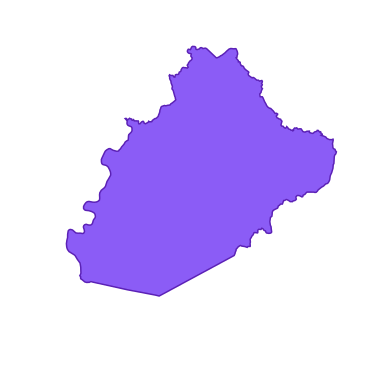 the district of Tartarugalzinho, Amapá, Brazil, rotated 130°
{"feature_id": "56859067B68348525949477", "entity_name": "Tartarugalzinho", "entity_type": "district", "adm_level": 2, "iso_a3": "BRA", "parent_name": "Brazil", "parent_adm1": "Amapá", "projection": "orthographic", "projection_center": [-51.087, 1.312], "detail": "fine", "context": "isolated", "style": "filled", "palette": "violet", "viewbox_px": 384, "rotation_deg": 130, "n_neighbors": 0, "source": "geoboundaries", "source_scale": "gbopen_adm2", "svg_char_len": 5948}
<svg xmlns="http://www.w3.org/2000/svg" viewBox="0 0 384 384"><g transform="rotate(130 192 192)"><path d="M292.8,150.3L214.6,119.3L213.5,118.9L211.4,119.5L210.6,120.0L208.4,120.7L207.5,121.4L205.4,121.3L204.6,121.4L202.6,120.9L201.7,120.4L201.5,119.2L199.9,116.6L198.9,114.1L197.8,114.1L196.3,112.5L195.3,113.2L194.3,114.3L192.8,115.1L190.9,117.0L189.9,117.3L188.8,117.3L187.5,117.8L186.3,117.6L185.1,117.8L183.3,118.3L182.6,117.8L182.2,117.0L181.2,115.5L180.2,115.8L179.7,116.7L178.8,117.0L177.7,116.9L176.4,115.1L174.9,115.2L174.6,114.1L175.1,112.1L174.6,110.7L175.3,109.6L175.5,108.6L174.3,106.5L173.0,105.4L172.0,105.1L171.3,105.4L169.3,107.6L167.8,109.1L167.0,110.7L164.7,113.3L161.0,115.6L159.3,115.2L157.5,116.3L155.9,117.5L154.7,117.9L153.7,117.9L151.8,117.2L149.4,116.1L148.5,116.3L147.4,116.9L145.6,116.4L144.5,116.5L143.1,115.0L139.6,116.3L138.8,115.5L137.2,115.0L136.8,114.2L136.3,111.9L136.3,110.6L134.8,108.8L133.8,108.8L132.4,107.7L131.2,107.4L130.4,107.5L129.5,108.8L128.7,109.3L127.4,109.2L126.7,108.8L125.8,107.5L125.1,104.6L124.3,104.2L123.0,104.8L121.3,104.0L118.9,104.0L118.1,103.8L113.8,98.6L113.3,97.5L112.4,96.7L110.7,96.5L109.3,96.7L104.8,95.8L103.7,95.3L102.5,95.0L99.9,94.8L98.9,94.0L98.1,93.7L97.3,93.6L95.2,94.0L94.1,94.4L91.1,96.3L89.9,96.8L87.5,97.4L83.2,99.3L80.4,101.3L79.0,101.6L78.3,102.1L73.5,105.7L72.0,106.4L70.7,106.3L69.5,106.7L68.4,107.2L68.2,108.5L67.4,109.9L67.8,111.3L67.5,112.5L65.4,114.6L64.9,115.3L61.3,117.3L60.9,118.0L61.8,118.3L63.5,120.4L64.3,123.0L63.9,124.9L64.7,127.5L65.5,129.1L64.6,128.7L63.9,129.6L64.5,130.5L63.6,131.4L63.2,132.2L64.0,132.7L63.7,134.9L64.3,135.7L65.1,135.5L65.8,135.7L66.8,136.5L67.6,136.8L68.5,136.8L69.4,137.1L70.0,138.0L70.5,139.1L70.9,140.4L69.9,141.2L71.7,143.1L73.5,143.9L74.4,145.8L73.5,149.0L74.4,150.2L75.3,150.9L75.8,151.7L75.5,153.0L76.4,153.6L77.1,154.6L79.1,154.5L79.6,153.8L80.4,154.1L80.2,155.1L81.0,155.7L81.0,157.2L81.4,158.0L81.6,158.8L81.1,160.0L81.0,161.5L82.0,161.2L83.1,161.5L83.4,162.6L83.1,164.7L83.8,165.5L83.8,166.3L83.3,167.0L79.9,168.6L79.8,169.8L79.3,170.9L80.2,172.7L80.1,173.5L80.5,174.5L79.7,176.2L78.8,176.4L77.9,176.1L77.2,176.5L77.3,177.8L78.4,178.9L77.7,181.7L77.4,185.5L78.0,186.4L78.2,188.7L77.7,190.7L77.2,191.5L76.1,194.5L74.2,198.2L73.9,199.4L75.2,200.9L74.8,201.6L73.4,203.1L71.3,203.1L70.4,203.7L68.5,204.3L67.6,204.4L67.4,205.6L66.3,207.0L65.5,206.8L64.6,207.1L64.1,208.5L62.9,208.7L61.9,209.3L61.7,210.2L63.7,211.6L63.6,212.9L64.7,214.3L64.6,217.5L65.0,218.9L65.8,219.2L66.0,219.9L66.3,223.5L65.7,224.6L64.9,225.2L64.1,225.2L63.6,225.8L63.8,229.0L63.7,231.3L62.8,233.3L62.9,234.3L63.4,234.9L63.5,235.8L63.0,236.5L62.7,237.6L61.7,238.4L61.7,239.2L62.5,240.1L61.6,240.9L61.1,243.9L60.7,244.6L59.7,244.2L58.9,244.9L58.1,245.3L57.3,245.5L56.4,246.2L55.1,247.9L54.0,250.3L54.4,251.1L55.3,251.8L57.1,254.5L58.7,255.5L61.8,256.0L64.3,256.2L68.3,257.1L69.4,257.7L70.3,257.8L72.0,258.5L72.8,258.9L73.6,259.7L72.8,273.0L73.1,274.1L74.1,275.1L75.1,275.8L75.1,276.8L75.5,277.8L76.3,278.4L77.5,278.3L79.6,279.6L80.0,280.4L79.9,281.1L79.1,281.7L78.7,282.5L78.8,283.4L80.0,285.1L81.2,285.5L83.9,284.7L85.0,286.6L86.2,286.5L87.1,286.1L87.6,285.4L87.8,284.6L87.7,283.4L87.0,282.3L86.7,281.3L88.6,280.3L88.9,279.5L89.2,278.1L90.4,277.4L91.7,277.4L93.1,277.8L95.6,277.6L96.5,277.2L97.9,277.2L98.9,275.1L100.2,275.3L100.7,276.6L101.4,277.4L102.2,278.8L103.0,279.2L105.1,279.0L106.2,278.3L107.3,278.3L108.4,278.8L110.3,278.0L111.0,278.3L112.1,279.6L113.0,280.0L115.0,279.0L115.5,279.8L115.0,281.6L116.4,283.2L116.6,284.5L117.6,284.3L118.5,282.8L119.5,282.0L120.1,280.9L120.5,279.6L121.9,278.1L123.5,275.2L124.2,274.5L125.1,274.2L125.9,273.6L126.3,271.7L129.8,266.7L130.3,265.6L131.1,264.8L131.8,263.7L132.7,263.7L133.9,263.9L136.1,264.3L138.1,264.9L139.4,264.8L140.2,265.4L141.1,266.3L142.3,267.1L143.1,267.9L143.4,268.7L145.9,270.2L146.9,270.3L148.7,269.5L149.9,269.2L150.5,268.7L152.2,267.8L154.5,267.1L155.8,266.5L158.0,266.7L159.0,267.0L159.6,267.6L160.6,267.9L162.8,268.4L163.8,268.0L164.4,268.4L165.7,269.9L165.6,270.6L166.8,270.4L169.6,271.5L170.1,272.8L169.4,273.7L169.3,275.0L170.8,275.7L173.2,275.7L173.9,276.5L173.5,277.4L172.6,278.0L172.1,278.8L174.6,282.0L174.1,283.3L175.2,283.6L175.5,284.6L174.9,285.2L175.5,286.2L175.6,287.2L178.0,287.6L178.0,289.9L178.7,290.4L179.0,288.4L179.4,287.2L181.0,286.1L181.6,285.5L181.9,284.8L182.1,283.9L181.9,283.0L181.1,280.7L181.2,279.8L181.7,279.0L183.4,277.5L184.2,277.2L185.3,277.0L188.7,277.3L189.7,276.8L193.0,274.4L193.7,274.4L194.5,274.8L196.5,275.3L199.2,274.8L202.7,274.9L205.2,274.5L206.3,274.9L207.2,274.6L208.2,274.9L209.1,275.8L209.5,276.5L210.8,279.4L211.4,282.6L212.3,283.6L214.5,284.4L216.2,284.7L217.5,284.5L223.9,282.8L225.4,282.3L227.2,280.7L228.1,279.5L228.3,278.7L228.2,277.8L226.8,274.8L226.7,273.3L226.8,272.2L228.0,269.3L229.1,267.3L230.5,265.8L231.5,265.1L235.7,264.3L238.5,263.9L243.4,261.9L245.4,261.9L249.0,262.6L251.9,262.1L253.6,261.0L256.1,258.7L257.7,257.7L259.5,258.0L261.1,258.8L262.5,260.1L263.5,261.4L265.4,264.8L266.1,265.5L267.0,266.1L268.2,266.4L269.5,266.4L271.1,266.2L272.7,265.8L274.2,264.6L274.6,263.6L274.7,262.8L274.4,261.7L272.6,259.0L271.5,256.4L271.0,254.2L271.0,253.3L271.2,252.5L271.6,251.7L272.8,250.3L273.9,249.7L276.0,249.6L277.1,249.4L279.8,248.2L280.8,248.0L282.0,248.2L282.8,248.7L283.8,250.1L284.8,252.4L286.1,253.2L287.3,253.3L288.5,252.8L289.1,252.1L290.2,250.3L291.3,249.0L292.4,248.6L293.4,248.6L294.1,249.1L295.3,251.1L296.9,252.9L298.0,254.7L297.9,259.1L298.6,260.7L299.3,261.5L300.0,261.8L301.1,261.9L301.8,261.6L304.3,260.1L306.9,258.0L309.4,256.8L312.3,255.0L314.4,252.9L315.2,251.9L316.1,250.3L316.7,247.9L315.8,241.6L315.9,240.5L317.3,236.5L318.4,232.1L321.1,228.9L324.7,225.7L325.6,224.9L326.7,224.5L328.3,224.1L328.3,223.1L330.0,221.5L329.8,219.7L329.8,216.3L328.8,214.2L328.0,213.7L327.5,212.8L325.7,211.9L325.3,211.3L325.0,210.5L308.4,178.6L294.4,153.6L292.8,150.3Z" fill="#8b5cf6" stroke="#5b21b6" stroke-width="1.5"/></g></svg>